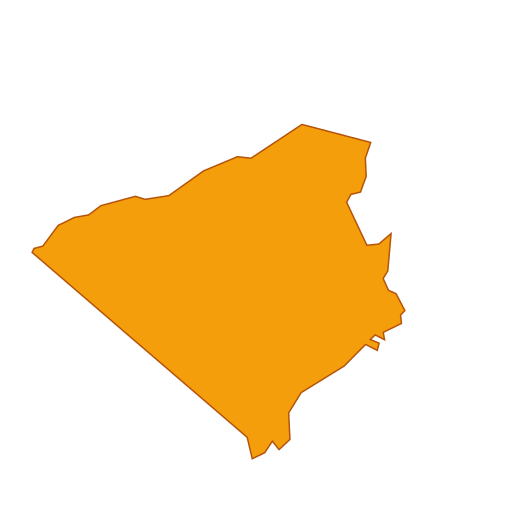 Wau, Western Bahr el Ghazal, South Sudan, rotated 47°
{"feature_id": "79223893B74023037447504", "entity_name": "Wau", "entity_type": "district", "adm_level": 2, "iso_a3": "SSD", "parent_name": "South Sudan", "parent_adm1": "Western Bahr el Ghazal", "projection": "robinson", "projection_center": [27.449, 7.398], "detail": "fine", "context": "isolated", "style": "filled", "palette": "amber", "viewbox_px": 512, "rotation_deg": 47, "n_neighbors": 0, "source": "geoboundaries", "source_scale": "gbopen_adm2", "svg_char_len": 743}
<svg xmlns="http://www.w3.org/2000/svg" viewBox="0 0 512 512"><g transform="rotate(47 256 256)"><path d="M191.1,132.7L181.1,192.9L170.7,201.9L158.0,236.2L152.4,278.6L138.9,298.5L130.1,303.5L113.4,335.1L111.8,350.4L103.9,362.6L98.7,379.8L103.4,405.1L99.1,413.2L100.7,417.3L220.5,404.1L382.6,386.1L401.7,397.0L405.8,383.8L402.6,370.3L413.3,371.2L413.3,356.3L393.0,339.1L386.7,316.1L396.6,266.5L395.4,236.2L407.7,231.7L403.7,225.4L395.0,229.4L395.0,222.7L404.9,219.1L398.6,215.0L404.5,195.6L397.8,190.6L397.4,184.3L379.1,179.3L371.5,182.5L359.2,178.4L356.8,169.8L331.7,141.9L331.0,158.1L323.8,167.6L278.5,153.1L275.7,144.6L280.5,136.0L272.9,121.1L259.0,109.3L251.2,94.7L191.1,132.7Z" fill="#f59e0b" stroke="#b45309" stroke-width="1.5"/></g></svg>